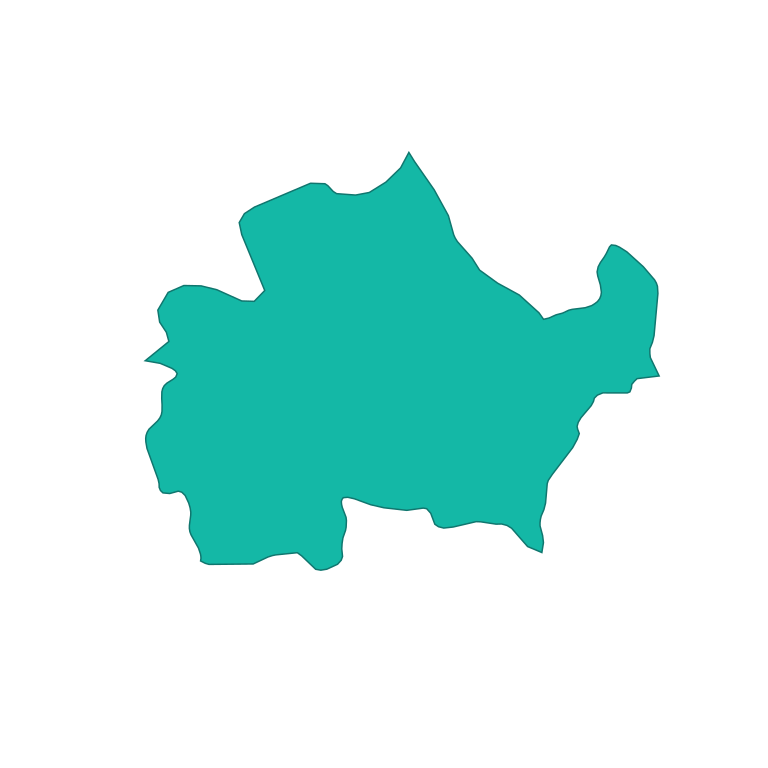 the Province of Isernia, rotated 217°
{"feature_id": "ITA-5402", "entity_name": "Isernia", "entity_type": "Province", "adm_level": 1, "iso_a3": "ITA", "parent_name": "Italy", "parent_adm1": "", "projection": "robinson", "projection_center": [14.21, 41.647], "detail": "fine", "context": "isolated", "style": "filled", "palette": "teal", "viewbox_px": 768, "rotation_deg": 217, "n_neighbors": 0, "source": "natural_earth", "source_scale": "10m", "svg_char_len": 2511}
<svg xmlns="http://www.w3.org/2000/svg" viewBox="0 0 768 768"><g transform="rotate(217 384 384)"><path d="M588.7,258.9L581.4,288.5L588.9,294.3L600.4,298.4L609.1,306.9L611.5,327.3L603.1,342.2L589.1,352.3L574.2,358.7L547.6,364.7L537.4,371.9L535.5,386.9L587.5,417.7L596.8,425.8L598.0,436.1L593.9,447.4L563.5,500.1L551.7,508.4L548.3,508.6L540.4,507.2L536.4,507.5L520.4,517.8L511.0,528.1L504.0,546.3L500.8,566.6L503.5,583.9L493.4,580.0L460.8,569.3L433.9,557.2L418.1,545.1L415.0,543.4L411.1,541.9L389.4,537.5L376.2,532.5L354.0,532.9L329.5,536.5L303.0,534.1L295.5,531.7L292.0,535.9L288.2,542.8L284.1,548.0L280.8,554.2L278.7,556.8L269.2,566.0L265.3,571.6L264.0,575.0L263.1,578.3L263.1,582.0L264.0,585.2L265.6,588.1L270.9,593.4L278.3,598.9L281.3,601.8L283.5,606.5L284.3,611.4L284.5,617.7L285.0,622.1L286.4,629.2L286.1,631.9L282.3,634.1L278.3,635.0L269.5,635.7L247.4,633.7L230.6,630.0L227.2,628.5L224.4,626.6L219.7,621.1L197.4,585.1L194.7,578.8L192.9,572.1L189.9,568.2L187.2,565.4L169.1,556.0L185.1,540.6L185.7,537.1L185.9,532.8L184.0,529.7L182.9,525.7L184.3,523.3L203.9,508.6L206.9,503.5L207.5,499.3L206.2,496.1L205.5,491.4L206.4,475.6L205.8,470.3L204.3,466.4L202.1,464.4L198.2,461.9L196.4,456.1L195.0,446.7L195.2,413.2L194.8,405.9L193.7,402.7L183.3,386.1L180.7,379.9L179.0,373.1L177.6,370.0L175.9,367.1L174.0,364.6L166.1,358.4L161.2,353.3L156.5,344.4L171.5,340.6L195.3,345.6L200.6,345.1L205.8,343.0L210.2,339.5L223.9,332.1L227.6,329.5L242.7,311.4L249.6,304.9L254.6,302.8L259.0,302.6L268.9,308.9L274.9,310.1L278.0,308.5L289.8,296.8L309.6,285.1L321.9,279.6L338.6,274.5L344.8,271.7L348.1,268.7L348.1,266.5L347.3,264.4L345.4,262.3L343.0,260.3L334.1,254.7L331.8,252.3L328.1,246.9L326.6,243.9L324.2,236.4L321.5,231.4L318.5,226.9L313.3,221.3L312.1,217.5L312.6,212.1L318.2,201.7L322.4,197.3L327.1,194.9L346.4,197.2L351.7,197.1L367.6,182.4L369.8,179.9L372.5,176.1L380.2,161.5L381.7,160.4L381.8,160.3L415.2,134.6L418.9,133.2L424.0,132.3L425.3,134.7L426.6,136.2L428.3,137.8L433.4,141.3L447.3,147.4L450.1,149.2L452.5,151.5L454.4,154.1L459.4,162.9L461.2,165.4L464.3,168.4L468.3,171.4L475.7,175.3L480.4,175.9L483.8,174.6L489.2,167.6L495.0,164.0L498.4,164.4L501.3,166.1L503.6,169.0L507.0,171.9L534.5,189.9L539.3,194.4L541.4,196.9L543.0,199.6L544.1,202.9L544.5,206.5L542.6,218.1L542.6,222.1L543.3,225.4L544.8,228.5L548.7,233.8L552.9,238.8L556.7,244.1L558.0,247.2L558.5,250.5L557.9,254.1L555.3,260.9L554.5,264.2L555.4,267.8L558.5,269.0L562.7,268.9L575.2,265.8L588.7,258.9Z" fill="#14b8a6" stroke="#0f766e" stroke-width="1.5"/></g></svg>